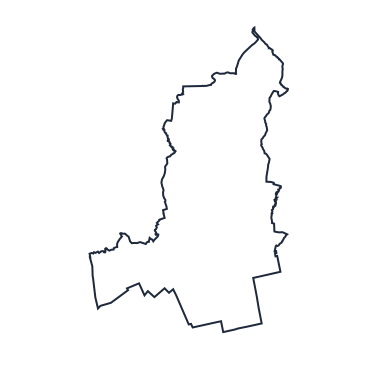 the district of Sfantu Gheorghe, Covasna, Romania, rotated 76°
{"feature_id": "2599482B96235819306010", "entity_name": "Sfantu Gheorghe", "entity_type": "district", "adm_level": 2, "iso_a3": "ROU", "parent_name": "Romania", "parent_adm1": "Covasna", "projection": "mercator", "projection_center": [25.764, 45.85], "detail": "fine", "context": "isolated", "style": "outline", "palette": "slate", "viewbox_px": 384, "rotation_deg": 76, "n_neighbors": 0, "source": "geoboundaries", "source_scale": "gbopen_adm2", "svg_char_len": 5943}
<svg xmlns="http://www.w3.org/2000/svg" viewBox="0 0 384 384"><g transform="rotate(76 192 192)"><path d="M282.3,311.4L280.5,308.7L280.3,308.0L279.9,297.5L271.8,277.8L269.8,278.4L267.8,265.5L280.8,263.1L277.5,258.8L284.9,253.9L278.8,241.9L284.2,238.7L281.8,233.8L288.7,232.3L319.7,227.2L319.7,224.9L323.6,224.1L324.4,195.1L335.5,195.6L335.8,182.9L335.6,182.0L335.6,179.4L336.0,171.0L336.4,156.2L321.0,155.4L308.5,154.4L290.2,153.4L290.8,125.5L274.7,124.8L274.6,126.5L271.5,126.3L271.6,124.9L269.7,124.7L269.4,126.1L264.8,123.8L264.3,123.1L265.0,122.2L265.0,121.3L264.2,120.1L263.5,119.5L262.8,117.3L261.9,116.8L261.3,115.8L261.0,115.8L260.1,114.8L258.9,113.9L258.1,112.4L256.9,111.4L256.1,109.9L253.2,113.5L252.8,114.3L252.3,117.1L251.1,120.0L250.2,121.6L242.6,120.0L241.4,121.9L240.4,121.5L235.9,121.2L233.8,120.3L232.5,120.1L232.1,119.9L232.4,119.5L231.5,118.6L231.7,119.1L231.4,119.4L230.4,118.8L229.5,118.7L228.9,118.9L228.5,118.2L229.2,117.7L228.5,117.8L227.9,117.5L227.7,117.2L226.2,117.1L225.8,116.7L226.2,115.9L224.9,115.0L225.4,114.5L225.1,114.2L224.3,114.5L223.9,114.2L224.1,113.9L223.9,113.5L222.9,113.1L222.6,113.2L221.6,113.0L221.7,113.6L221.5,113.8L220.4,113.9L220.3,113.7L220.7,113.6L220.4,112.9L220.2,113.6L219.5,113.8L219.2,113.2L219.6,112.9L219.7,112.1L218.8,112.0L218.2,111.1L218.1,111.7L217.7,112.0L217.1,111.5L215.6,111.0L214.4,110.0L214.2,110.2L214.8,110.9L214.6,111.2L213.6,110.9L213.3,110.3L212.8,110.2L212.5,109.6L212.5,109.1L212.9,108.7L212.5,107.9L212.0,107.6L210.9,107.7L211.2,107.1L210.5,106.5L209.3,106.0L209.2,105.7L209.5,105.2L209.4,104.8L208.2,104.4L207.8,104.5L207.3,105.2L204.2,110.9L203.3,110.4L202.9,110.9L202.6,110.8L201.4,112.9L200.0,117.3L195.3,116.1L186.0,112.1L184.1,111.6L182.3,110.4L178.7,108.7L173.7,110.4L172.8,111.0L172.0,112.2L170.3,112.0L168.9,112.2L167.2,112.8L166.0,112.8L163.6,113.6L162.7,113.3L162.4,112.7L160.9,112.8L158.5,112.2L157.7,111.8L156.7,110.1L155.7,109.3L154.7,107.5L152.8,106.3L150.3,104.1L147.1,103.8L145.6,104.0L143.8,103.6L142.4,104.1L141.2,103.9L138.2,104.0L137.1,103.2L136.7,102.4L135.0,100.6L134.1,98.8L133.0,97.8L132.1,97.4L131.7,97.0L131.5,96.4L130.4,95.7L127.6,94.7L126.6,94.8L125.6,94.7L123.2,95.1L119.5,94.0L118.3,92.5L116.4,91.0L113.8,88.3L114.2,86.9L115.7,84.2L117.4,84.8L119.7,84.4L120.3,83.9L119.2,79.9L118.5,78.5L118.3,77.4L117.6,76.6L117.2,75.4L116.5,74.9L116.5,74.6L115.2,74.0L114.7,74.6L114.9,74.9L114.3,75.8L112.7,77.4L112.1,77.5L112.0,78.0L110.0,78.9L109.8,79.4L108.5,79.8L108.1,79.6L107.4,80.3L106.5,79.9L103.4,77.4L101.2,76.2L96.1,74.9L94.7,74.2L93.3,74.2L91.3,73.7L90.4,73.0L89.2,72.6L84.4,75.0L84.3,75.5L83.7,75.4L83.4,75.8L82.6,76.1L82.3,76.6L81.7,76.6L81.2,77.1L81.1,77.4L80.0,77.9L79.3,78.4L79.1,79.0L78.8,79.1L78.4,79.9L75.3,80.1L74.5,79.4L74.1,79.4L73.9,79.8L72.9,80.1L72.0,81.3L71.0,81.8L71.0,82.5L70.8,82.4L68.9,83.2L67.3,83.6L65.8,85.0L64.4,85.5L61.2,87.6L59.9,88.0L51.3,92.5L47.6,91.7L47.9,92.5L49.1,93.8L49.9,93.8L50.9,94.5L52.0,94.8L52.8,94.3L55.0,93.4L58.1,91.1L60.0,91.0L62.3,94.3L63.1,95.8L64.0,98.3L69.1,107.4L70.8,109.7L75.7,114.8L81.4,118.2L82.8,119.4L86.4,120.4L88.0,120.6L88.1,121.0L87.9,121.4L87.0,122.2L87.0,122.8L86.6,123.7L86.1,126.0L84.6,128.3L84.5,130.0L84.7,130.8L85.0,131.6L84.9,132.6L84.5,133.4L84.5,134.3L84.1,136.0L83.7,136.9L82.4,138.7L82.3,139.4L82.6,141.5L82.9,142.4L84.1,144.4L84.7,144.6L86.3,144.4L88.0,143.0L88.8,142.7L89.3,142.7L90.4,143.5L91.1,145.0L91.5,146.6L91.9,147.1L92.7,147.6L92.5,148.6L92.5,152.8L92.0,154.2L92.1,155.0L91.5,155.9L91.5,157.0L87.4,175.0L89.1,175.4L90.1,176.1L92.9,176.4L94.2,177.8L94.4,178.6L94.4,177.1L94.9,176.9L95.1,177.5L95.0,178.4L95.0,180.3L94.5,181.7L95.2,183.0L96.4,183.6L98.2,183.4L99.9,182.8L101.0,182.8L101.9,183.1L101.5,184.3L101.0,185.0L100.9,185.3L102.2,186.8L102.0,187.6L101.4,188.8L114.2,193.2L116.1,193.9L117.9,195.0L116.3,198.8L117.9,201.0L119.2,202.2L120.8,203.0L121.1,203.4L122.0,204.0L123.2,204.1L123.5,204.7L123.8,204.3L124.3,204.8L124.6,204.8L125.1,204.2L125.2,203.8L126.8,204.1L127.4,203.9L128.5,203.4L128.8,202.9L129.3,203.1L131.0,202.6L131.4,202.0L131.8,202.0L132.1,202.4L132.7,202.5L133.9,202.3L134.6,202.4L135.2,201.7L136.2,202.2L135.7,202.7L135.8,202.9L136.4,203.2L136.8,203.1L137.3,201.9L137.7,201.7L139.3,201.9L139.5,201.3L139.8,201.2L140.1,201.6L140.8,201.5L141.1,201.9L141.3,201.6L141.9,201.9L142.5,201.6L142.9,200.7L143.3,200.5L143.5,200.9L144.2,200.4L144.2,200.1L145.3,200.5L145.7,200.2L145.6,199.8L146.1,200.0L146.1,199.6L146.6,199.3L147.1,199.7L147.4,199.6L147.5,199.5L147.3,199.0L148.4,198.1L150.0,199.9L150.0,200.8L150.5,201.6L150.8,203.1L152.1,204.6L152.0,205.4L152.3,207.4L153.1,208.5L154.9,208.4L158.4,209.1L160.7,211.8L161.8,212.2L163.6,212.4L167.2,213.9L169.5,215.3L172.6,218.1L175.5,219.4L179.6,219.5L181.8,219.2L183.6,219.2L185.1,220.1L188.4,220.8L191.4,220.5L193.0,219.8L194.4,220.0L194.9,220.7L199.9,220.3L202.3,220.5L202.6,224.5L206.1,224.7L206.1,224.9L210.5,224.8L211.0,230.4L211.6,230.4L213.5,233.6L215.2,232.8L215.4,233.8L216.2,235.1L217.8,234.7L219.3,235.9L219.7,237.1L220.4,237.4L222.6,236.6L224.0,237.6L224.8,237.4L224.9,237.1L224.6,235.6L225.0,235.0L225.4,235.0L226.9,236.1L229.2,239.9L230.5,241.5L228.6,242.1L227.8,243.1L226.3,244.2L230.0,246.0L229.6,247.2L230.0,248.1L231.3,249.4L228.1,254.4L228.0,255.2L228.3,257.0L228.3,257.6L227.5,260.1L227.1,262.8L225.0,264.0L220.1,264.3L217.9,266.0L216.4,266.9L216.1,267.4L215.8,269.1L215.4,269.5L215.4,270.2L214.7,270.8L214.7,271.1L214.8,271.7L215.2,271.8L216.2,271.2L217.7,271.1L218.3,270.8L218.8,271.8L219.3,272.1L219.8,273.1L222.4,275.9L224.1,277.2L227.2,277.9L227.1,278.2L227.3,280.0L227.6,281.5L228.9,282.0L228.5,284.2L228.9,286.4L227.0,288.3L226.6,288.2L225.7,288.9L226.0,289.9L229.1,290.5L229.5,290.8L229.4,291.7L229.1,292.0L228.1,292.2L227.6,293.6L227.7,294.7L228.7,296.9L227.1,297.7L227.7,300.5L226.7,301.6L227.8,302.7L226.9,303.9L227.1,306.3L230.9,306.5L230.8,306.9L240.0,306.7L249.8,308.8L251.3,308.8L271.0,311.3L282.3,311.4Z" fill="none" stroke="#1e293b" stroke-width="2"/></g></svg>